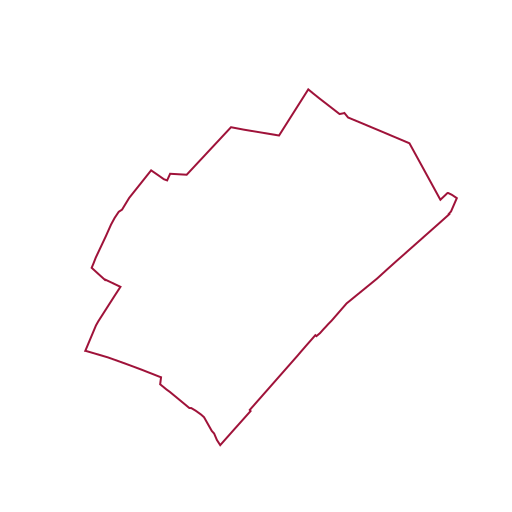 the district of Aloja, Alojas, Latvia, rotated 123°
{"feature_id": "27541924B23831507803085", "entity_name": "Aloja", "entity_type": "district", "adm_level": 2, "iso_a3": "LVA", "parent_name": "Latvia", "parent_adm1": "Alojas", "projection": "robinson", "projection_center": [24.879, 57.768], "detail": "fine", "context": "isolated", "style": "outline", "palette": "rose", "viewbox_px": 512, "rotation_deg": 123, "n_neighbors": 0, "source": "geoboundaries", "source_scale": "gbopen_adm2", "svg_char_len": 1374}
<svg xmlns="http://www.w3.org/2000/svg" viewBox="0 0 512 512"><g transform="rotate(123 256 256)"><path d="M246.4,154.2L209.1,142.2L196.5,138.9L183.9,135.5L176.8,133.5L168.8,131.3L125.4,119.3L115.8,116.7L115.7,117.2L112.4,116.7L98.1,119.1L98.0,125.1L98.5,129.1L98.7,129.5L99.5,129.9L101.0,130.2L108.4,132.0L108.1,132.6L103.2,141.7L91.5,163.4L77.9,188.7L83.8,221.9L89.7,254.2L87.9,259.8L88.6,260.3L91.4,263.2L91.4,263.5L89.3,288.8L88.5,296.8L87.8,302.9L142.4,302.3L156.7,335.1L161.6,347.1L206.8,355.1L225.6,358.4L233.8,372.8L241.0,371.7L241.8,375.1L241.5,382.8L241.3,390.6L258.8,392.3L276.3,394.0L290.1,393.6L293.7,395.2L301.0,395.3L308.5,394.7L314.9,393.7L321.2,392.7L333.7,391.0L344.7,389.5L350.4,388.3L355.4,387.4L356.9,378.5L358.3,369.6L357.9,369.6L355.7,352.9L366.8,352.9L396.6,352.7L401.4,352.4L428.5,347.5L428.3,347.1L421.7,325.0L417.1,305.5L413.5,289.3L412.0,281.9L411.4,279.1L409.9,271.6L409.4,269.6L415.8,266.5L416.7,258.4L416.9,254.3L417.0,253.4L419.8,229.1L418.8,227.5L418.6,222.4L418.9,215.7L419.5,211.8L426.8,197.8L427.7,194.4L431.6,188.6L434.1,183.0L412.3,179.7L389.0,176.1L388.5,177.4L368.8,174.5L362.1,173.5L348.4,171.5L317.1,166.9L311.7,166.2L304.5,165.2L290.1,163.1L290.3,161.7L288.1,161.0L285.8,160.3L283.1,159.9L280.5,159.5L277.3,158.9L274.1,158.4L271.6,157.9L269.2,157.4L257.8,155.8L246.4,154.2Z" fill="none" stroke="#9f1239" stroke-width="2"/></g></svg>